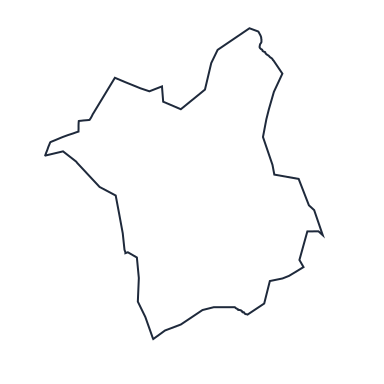 outline of Tolbo, Bayan-Ölgiy, Mongolia, rotated 70°
{"feature_id": "93677404B88503243621788", "entity_name": "Tolbo", "entity_type": "district", "adm_level": 2, "iso_a3": "MNG", "parent_name": "Mongolia", "parent_adm1": "Bayan-Ölgiy", "projection": "albers", "projection_center": [90.293, 48.38], "detail": "fine", "context": "isolated", "style": "outline", "palette": "slate", "viewbox_px": 384, "rotation_deg": 70, "n_neighbors": 0, "source": "geoboundaries", "source_scale": "gbopen_adm2", "svg_char_len": 2153}
<svg xmlns="http://www.w3.org/2000/svg" viewBox="0 0 384 384"><g transform="rotate(70 192 192)"><path d="M107.4,317.4L107.6,317.3L109.7,299.3L123.9,290.4L125.3,290.0L155.7,277.1L169.2,264.9L186.9,267.8L207.1,271.2L223.2,275.2L225.9,275.2L226.7,275.5L226.7,272.9L234.7,266.2L254.7,271.4L276.5,280.4L293.5,278.6L315.8,278.8L316.9,278.7L312.9,264.7L312.7,247.8L306.5,222.5L307.7,210.9L314.9,191.2L315.6,190.8L316.1,190.6L316.5,190.2L316.9,189.8L317.2,189.6L317.8,189.3L318.1,189.2L318.3,189.1L318.3,188.7L318.7,188.6L318.9,188.4L319.1,187.7L319.4,187.3L319.7,186.9L319.8,186.6L320.1,186.5L320.5,186.3L320.7,186.1L321.0,185.8L321.4,185.7L321.8,185.8L322.1,185.7L322.4,185.5L322.5,185.2L322.5,184.8L322.6,184.7L322.8,184.4L323.1,184.2L323.6,184.2L324.1,184.1L324.4,183.9L324.8,183.7L325.2,183.2L325.5,182.6L325.7,182.2L326.2,181.7L321.5,162.3L302.3,149.3L304.2,136.5L304.0,129.5L300.7,112.9L292.6,114.3L268.5,97.1L272.2,86.6L277.3,83.9L250.8,83.4L244.5,86.7L216.2,87.3L203.8,108.7L194.1,107.1L164.6,106.5L149.0,97.2L140.6,91.5L125.9,80.8L111.7,66.6L96.4,70.4L96.1,70.6L95.7,70.8L95.1,70.8L94.6,71.0L93.9,71.2L93.0,71.8L92.1,72.5L91.0,73.0L90.4,73.2L89.8,73.6L89.0,74.2L88.3,74.8L87.2,75.3L86.5,75.5L86.2,75.5L85.8,75.4L85.7,75.4L85.5,75.5L84.8,76.4L83.8,77.3L83.6,77.4L83.0,77.4L82.3,77.4L81.7,77.9L81.3,78.3L80.6,78.6L79.9,78.9L79.4,79.0L78.6,78.8L78.1,78.5L76.9,77.8L76.2,77.2L75.7,76.4L75.5,76.2L75.2,75.8L74.7,75.4L73.8,75.1L72.5,74.6L71.3,74.4L70.3,74.1L69.5,74.1L68.4,74.1L64.3,74.7L63.7,75.0L57.8,82.0L67.2,119.3L77.4,129.8L100.2,144.8L110.4,174.2L97.3,188.2L82.5,184.1L82.8,197.6L76.9,205.0L65.9,217.2L59.5,224.1L59.1,224.5L58.5,225.2L58.3,225.4L76.2,247.7L84.0,257.4L85.0,258.7L85.5,259.2L86.3,260.0L87.1,260.9L87.8,261.7L89.2,263.6L89.0,264.6L88.3,267.2L87.6,269.7L87.1,271.9L86.7,273.3L86.6,274.1L87.6,274.6L89.5,275.4L91.3,276.1L93.3,276.8L94.8,277.4L95.8,277.8L96.4,278.0L96.3,280.5L96.3,283.6L96.2,286.4L96.1,289.0L96.1,291.6L96.1,294.6L96.2,297.1L96.3,299.1L96.4,301.1L96.5,303.1L96.6,306.0L96.7,307.9L97.0,308.4L98.8,310.0L100.4,311.5L103.0,313.6L105.1,315.5L106.3,316.5L107.4,317.4Z" fill="none" stroke="#1e293b" stroke-width="2"/></g></svg>